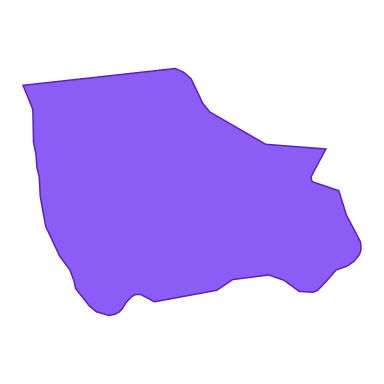 SVG path tracing the border of Merton
{"feature_id": "GBR-2073", "entity_name": "Merton", "entity_type": "London Borough", "adm_level": 1, "iso_a3": "GBR", "parent_name": "United Kingdom", "parent_adm1": "", "projection": "mercator", "projection_center": [-0.177, 51.408], "detail": "fine", "context": "isolated", "style": "filled", "palette": "violet", "viewbox_px": 384, "rotation_deg": 0, "n_neighbors": 0, "source": "natural_earth", "source_scale": "10m", "svg_char_len": 784}
<svg xmlns="http://www.w3.org/2000/svg" viewBox="0 0 384 384"><path d="M175.3,68.5L183.7,72.3L191.2,79.0L202.8,103.4L209.8,112.0L265.7,144.3L325.9,149.0L311.6,175.7L311.2,177.3L311.2,179.1L311.8,180.7L313.0,182.0L338.8,190.7L346.4,215.0L360.3,241.5L360.8,244.0L361.0,248.6L360.6,251.1L359.9,253.3L358.5,255.8L353.8,261.4L347.8,265.8L336.1,270.0L327.0,280.5L317.6,290.4L312.9,292.3L299.2,291.4L284.1,280.3L268.5,275.0L232.6,279.6L216.8,290.3L154.4,301.8L140.8,294.5L135.4,294.5L131.8,296.5L126.1,302.5L122.0,309.2L119.0,312.1L115.4,314.1L109.2,315.5L96.5,311.9L89.5,306.1L75.6,288.5L74.0,280.9L69.9,270.0L59.6,256.0L45.7,226.4L40.3,196.9L39.2,176.7L36.9,167.5L36.0,154.6L33.5,142.2L32.9,110.9L32.2,107.8L23.0,85.3L175.3,68.5Z" fill="#8b5cf6" stroke="#5b21b6" stroke-width="1.5"/></svg>